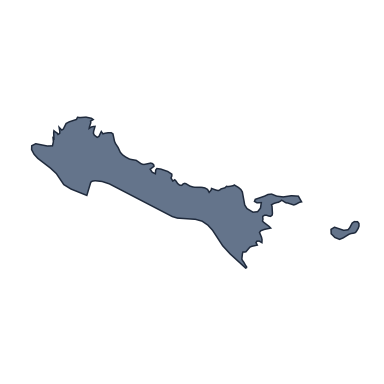 the border of Eastern Samar, rotated 301°
{"feature_id": "PHL-2582", "entity_name": "Eastern Samar", "entity_type": "Province", "adm_level": 1, "iso_a3": "PHL", "parent_name": "Philippines", "parent_adm1": "", "projection": "natural_earth1", "projection_center": [125.501, 11.538], "detail": "fine", "context": "isolated", "style": "filled", "palette": "slate", "viewbox_px": 384, "rotation_deg": 301, "n_neighbors": 0, "source": "natural_earth", "source_scale": "10m", "svg_char_len": 2732}
<svg xmlns="http://www.w3.org/2000/svg" viewBox="0 0 384 384"><g transform="rotate(301 192 192)"><path d="M166.7,45.1L166.5,46.2L171.6,42.9L173.4,42.1L173.1,44.0L173.1,45.3L173.0,46.3L172.3,47.5L174.1,48.4L175.7,47.6L179.0,44.8L178.0,48.4L179.6,49.3L185.9,48.8L188.9,50.6L194.7,55.6L197.1,55.4L198.0,57.5L201.6,62.6L203.4,67.9L203.2,70.0L200.5,68.5L199.2,69.6L195.3,70.5L193.6,71.1L195.1,71.8L196.3,72.6L197.3,73.7L198.3,75.1L193.7,76.3L191.6,77.2L190.4,79.0L190.0,82.6L191.8,83.6L197.1,83.1L196.8,83.7L196.3,85.1L196.0,85.7L197.5,87.1L199.6,89.6L201.2,92.2L201.1,94.3L195.5,99.5L194.1,101.5L192.1,105.7L189.1,110.1L188.1,113.3L187.8,117.0L188.0,121.3L188.3,122.4L190.4,127.9L190.0,133.8L190.4,135.8L191.3,137.2L195.5,141.7L196.0,143.5L195.5,145.3L194.4,146.2L190.0,144.4L188.4,147.8L188.8,151.2L192.1,149.6L194.0,149.8L195.6,153.5L197.1,160.6L196.9,165.5L195.3,166.5L193.2,166.8L191.5,169.9L193.6,170.9L193.1,172.8L191.9,175.2L191.5,177.8L192.3,179.6L193.2,180.0L194.3,180.2L195.5,181.1L196.0,182.4L196.0,187.1L196.7,190.0L197.4,191.8L201.0,197.9L202.1,200.9L202.2,204.0L200.5,206.9L201.8,207.1L202.7,207.3L203.7,207.4L205.1,206.9L206.0,211.5L206.7,213.7L207.9,214.7L209.6,215.3L212.6,218.1L214.7,218.7L215.0,219.8L216.8,222.1L218.8,224.2L219.8,224.6L219.8,229.6L219.3,232.6L218.0,235.1L208.0,243.9L206.1,247.7L206.1,254.7L208.9,258.4L213.4,259.0L218.6,256.9L216.2,253.3L216.1,250.4L218.3,250.0L225.9,256.4L229.0,258.4L231.2,261.3L232.1,266.8L234.8,272.8L240.0,279.1L243.2,285.3L240.0,291.0L238.6,289.5L234.8,287.2L233.3,285.9L231.8,279.5L231.5,278.9L231.2,278.4L231.1,277.3L231.2,273.9L231.0,272.9L230.0,272.7L227.6,271.3L226.9,270.4L224.5,268.2L222.0,266.7L220.9,268.0L215.2,271.9L213.6,272.6L211.6,271.9L210.9,270.1L210.5,267.9L209.5,266.2L207.6,265.2L206.5,265.8L205.3,266.8L203.4,267.4L203.0,268.8L202.2,275.7L201.6,278.0L197.2,273.3L194.2,270.9L192.1,270.7L189.0,274.9L187.2,276.6L184.6,278.0L184.5,274.9L183.3,273.0L181.6,272.9L180.1,275.3L176.2,271.2L174.5,270.0L168.5,269.0L167.6,268.0L166.9,266.6L165.1,267.0L160.1,269.3L159.2,270.8L158.5,272.5L156.6,275.8L156.1,277.2L155.3,277.7L154.4,277.2L158.5,256.8L161.7,246.0L169.8,229.3L171.8,222.6L172.2,215.7L170.4,209.1L162.1,192.9L160.8,187.8L156.4,117.0L154.7,109.5L151.8,103.2L149.9,100.9L148.2,100.2L134.9,103.6L132.2,86.7L132.3,78.3L137.9,66.3L139.6,58.2L141.4,42.5L143.0,37.2L145.7,32.7L149.1,30.8L152.9,33.2L156.9,44.3L159.7,48.6L163.7,47.3L166.7,45.1ZM250.2,346.4L251.8,349.2L251.0,351.3L248.8,352.7L246.3,353.2L243.2,353.2L241.5,353.0L240.2,352.0L238.3,349.7L236.6,348.3L230.5,345.2L227.4,342.9L226.6,337.9L227.9,332.8L231.6,330.4L235.2,332.3L237.3,341.8L240.0,345.2L242.6,345.6L247.9,345.3L250.2,346.4Z" fill="#64748b" stroke="#1e293b" stroke-width="1.5"/></g></svg>